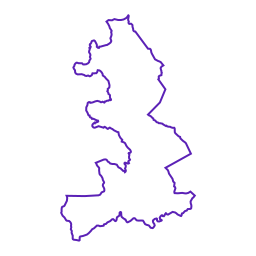 the district of Santa Ana, La Paz, Honduras
{"feature_id": "27666195B3859139292279", "entity_name": "Santa Ana", "entity_type": "district", "adm_level": 2, "iso_a3": "HND", "parent_name": "Honduras", "parent_adm1": "La Paz", "projection": "orthographic", "projection_center": [-87.959, 13.996], "detail": "fine", "context": "isolated", "style": "outline", "palette": "violet", "viewbox_px": 256, "rotation_deg": 0, "n_neighbors": 0, "source": "geoboundaries", "source_scale": "gbopen_adm2", "svg_char_len": 5817}
<svg xmlns="http://www.w3.org/2000/svg" viewBox="0 0 256 256"><path d="M61.2,212.8L62.6,215.7L64.5,217.5L66.2,220.3L66.8,220.7L69.1,221.0L70.2,222.0L70.9,223.1L71.2,224.2L71.0,226.1L71.3,227.1L70.8,229.2L71.8,231.0L71.6,232.9L72.0,233.6L72.2,234.6L72.7,235.4L72.7,238.7L72.9,239.2L73.8,239.7L76.4,240.0L79.0,240.6L79.6,240.2L79.7,237.2L80.2,236.5L82.9,236.0L86.9,234.6L88.7,233.2L91.1,230.7L92.1,229.3L94.0,228.3L96.9,225.6L98.5,225.6L100.0,226.2L103.2,225.8L103.7,225.6L103.9,224.6L104.1,224.3L106.0,223.9L107.4,222.4L110.2,221.1L112.0,219.4L112.6,219.2L113.3,219.2L115.1,221.0L115.6,221.1L116.2,220.6L116.6,219.7L116.8,218.0L117.0,217.3L119.2,215.7L119.6,214.5L119.6,212.8L120.3,212.0L120.8,212.1L121.1,212.4L121.4,216.2L121.8,217.0L123.6,218.5L125.4,219.5L125.5,220.0L125.8,220.1L126.5,221.6L127.1,222.2L127.7,222.3L130.5,220.9L133.4,218.3L134.4,218.2L135.1,218.5L136.0,219.7L136.9,220.4L138.6,220.6L141.4,220.5L142.9,220.6L143.7,221.6L144.0,222.3L145.1,224.1L146.5,224.8L148.7,225.4L149.2,225.8L150.6,227.7L152.4,228.1L153.0,227.9L154.0,226.7L154.7,225.5L154.3,224.0L153.2,222.5L152.9,220.9L153.1,220.3L154.8,218.9L156.6,218.5L157.0,218.9L157.0,220.4L157.4,221.0L157.9,221.4L159.1,221.5L161.4,220.7L161.7,220.4L161.6,220.0L161.3,219.8L160.1,219.2L159.7,217.8L160.4,216.5L161.6,215.3L162.4,215.3L162.8,216.1L163.9,216.2L164.4,215.6L165.2,214.0L165.9,213.2L166.2,213.4L166.9,214.3L168.0,214.6L172.6,211.9L175.2,212.5L176.5,213.4L177.5,214.4L180.6,215.9L181.1,216.0L181.5,215.5L181.9,213.5L183.2,213.1L184.0,212.1L185.1,211.0L186.7,210.6L187.7,209.1L190.4,208.9L190.9,208.6L191.2,208.1L191.4,206.3L191.3,205.0L190.7,203.2L190.6,201.4L192.3,198.3L193.5,197.3L194.8,195.6L190.4,191.6L188.3,192.9L186.3,193.4L185.2,193.4L182.2,192.9L177.7,193.3L174.6,193.1L174.3,192.1L174.4,191.3L175.4,188.4L175.1,187.2L174.1,186.4L174.6,182.9L173.2,181.5L172.5,178.8L169.0,173.6L168.4,171.4L167.8,170.1L165.5,167.8L190.9,153.7L185.9,143.2L185.1,142.4L182.9,140.8L180.4,138.4L180.1,136.9L178.6,136.3L175.3,133.2L174.8,132.2L174.7,128.7L174.3,127.8L172.6,127.8L171.2,127.4L170.2,126.8L168.6,126.7L167.2,126.4L166.5,125.7L165.9,126.0L163.0,124.3L162.5,123.7L160.0,123.2L158.8,123.2L158.0,122.5L156.7,122.2L155.9,121.4L155.4,120.6L153.6,119.9L153.3,118.5L152.4,117.9L151.1,116.5L150.2,115.9L149.0,115.4L148.0,114.6L159.9,102.5L165.4,89.3L158.3,79.3L158.9,78.7L158.7,76.7L158.8,76.4L159.4,75.8L161.3,75.2L161.5,75.0L161.4,74.2L161.8,72.7L161.4,72.1L161.4,70.9L161.0,69.9L160.6,68.1L161.5,66.6L163.4,65.4L160.7,62.1L159.3,61.4L158.1,61.0L155.0,59.3L151.9,53.7L151.3,52.3L151.0,50.4L150.6,49.4L149.9,48.8L148.0,48.7L135.3,31.5L134.5,31.5L133.7,31.0L133.3,30.4L133.1,28.6L132.5,26.8L132.5,25.6L132.3,24.8L131.0,23.7L129.3,23.9L128.9,23.6L128.6,23.1L128.5,22.4L128.8,21.6L128.3,20.5L128.1,19.6L128.7,16.2L128.6,15.6L128.3,15.4L127.1,17.1L126.1,18.1L123.5,19.5L121.0,20.0L118.1,20.0L114.4,19.1L112.0,20.3L108.5,20.1L106.5,21.6L108.0,23.7L109.4,26.4L109.8,28.0L111.6,30.7L111.6,31.1L111.1,32.1L111.4,32.8L111.6,34.8L111.1,36.6L110.4,38.2L111.3,41.0L110.7,42.4L109.4,43.5L107.0,45.0L106.0,45.1L100.3,46.7L99.3,46.7L98.9,47.9L98.0,47.8L96.8,46.8L96.9,45.4L96.7,44.4L95.0,41.1L94.0,40.4L92.0,41.0L91.6,41.5L91.2,42.9L90.4,44.0L90.0,44.1L89.8,44.6L89.8,45.2L90.7,46.8L90.3,47.8L89.6,47.5L89.4,47.7L89.7,49.6L89.1,51.2L89.1,52.3L90.3,54.3L90.4,55.3L89.9,57.0L90.6,58.6L90.4,59.2L89.4,60.5L89.1,62.2L87.9,63.4L86.0,64.3L84.7,64.3L84.2,64.5L83.1,64.4L82.1,63.3L78.4,63.2L77.5,62.8L76.4,62.7L75.3,63.6L74.6,64.6L74.3,66.0L73.4,67.4L73.8,68.6L75.0,70.3L75.2,72.6L76.2,73.8L77.7,74.4L81.7,74.2L84.2,75.0L85.1,75.7L86.5,76.0L88.1,75.5L89.7,76.3L90.4,76.1L91.8,75.1L92.5,73.3L94.2,73.4L95.1,73.2L96.3,73.2L97.1,72.3L97.7,70.2L99.3,70.4L100.4,71.0L101.7,72.4L102.6,74.0L102.8,75.5L104.7,76.8L106.0,78.5L108.4,80.9L109.5,85.2L109.4,86.9L109.3,87.5L107.7,89.0L107.9,90.2L107.3,91.2L108.2,92.5L108.5,94.0L109.5,94.6L109.9,95.1L110.0,95.7L109.9,97.0L110.3,98.5L111.0,99.3L110.9,100.0L110.4,100.2L109.4,99.9L108.5,100.7L107.1,100.7L105.7,101.4L105.1,101.4L104.8,101.6L104.6,102.4L104.3,102.6L102.6,101.7L101.5,102.2L100.7,102.2L99.7,101.5L97.3,100.9L95.2,101.4L92.7,102.4L90.7,102.8L90.2,102.8L89.8,102.1L88.6,102.2L87.7,103.0L87.4,105.1L86.3,107.3L86.2,110.5L87.5,112.7L88.4,115.1L88.7,115.4L89.6,115.5L89.9,117.0L90.4,117.5L91.5,117.7L92.0,118.9L93.5,118.8L96.8,120.4L98.0,120.6L98.1,120.8L98.2,121.5L97.8,121.8L95.8,122.6L95.1,122.4L94.8,123.3L94.2,123.1L93.7,123.2L92.7,124.3L92.4,124.9L92.3,126.0L92.7,126.7L93.4,127.4L94.2,127.7L94.8,127.7L98.6,126.2L103.6,127.7L104.3,126.9L104.7,126.8L106.4,127.9L107.3,128.7L107.8,128.9L108.2,128.7L109.3,127.8L109.8,127.6L111.5,128.7L112.4,129.0L113.8,130.2L117.1,131.9L118.4,132.2L118.9,135.0L120.3,137.7L122.3,139.9L122.2,140.4L121.7,141.1L121.7,141.6L123.8,142.3L125.1,143.2L126.3,145.7L127.6,147.5L130.1,149.8L130.8,151.2L130.9,151.9L130.3,152.7L129.9,152.9L128.8,153.0L128.6,153.3L129.4,154.8L129.0,156.8L129.1,158.2L130.0,159.6L129.7,160.2L128.6,160.9L128.3,161.4L128.4,162.0L129.0,163.2L128.6,163.5L127.6,163.5L125.3,162.7L124.9,162.7L124.5,163.1L124.5,163.8L125.5,165.0L125.8,165.8L125.7,167.0L125.0,168.6L125.8,170.3L125.8,171.0L125.4,171.8L124.9,172.2L124.3,171.0L123.1,170.9L122.4,170.0L121.7,169.6L120.8,168.5L118.4,167.3L116.8,164.7L114.4,164.0L112.4,164.0L110.2,163.5L108.9,162.1L107.8,161.6L106.9,160.1L106.0,159.5L105.1,159.4L103.7,159.6L95.8,162.8L96.5,163.9L96.7,164.8L97.6,166.2L98.6,167.2L99.2,168.1L99.1,170.4L99.5,173.8L99.9,174.6L101.2,175.9L102.3,177.8L102.6,178.5L102.8,179.8L104.1,182.3L104.0,182.9L103.1,184.1L102.8,185.2L103.0,186.1L104.2,188.5L104.4,190.2L104.1,191.3L101.6,192.4L100.2,194.6L98.6,195.3L84.6,196.1L66.6,195.8L67.0,196.7L67.2,198.1L66.9,200.8L64.5,205.7L63.9,206.2L62.3,206.8L61.9,207.3L61.6,209.0L61.6,211.8L61.2,212.8Z" fill="none" stroke="#5b21b6" stroke-width="2"/></svg>